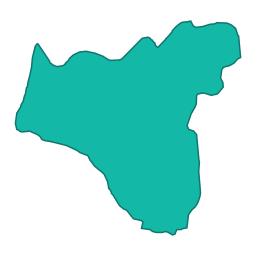 the district of Santa Rosa de Lima, Santa Rosa, Guatemala
{"feature_id": "79465075B80857552483649", "entity_name": "Santa Rosa de Lima", "entity_type": "district", "adm_level": 2, "iso_a3": "GTM", "parent_name": "Guatemala", "parent_adm1": "Santa Rosa", "projection": "albers", "projection_center": [-90.338, 14.435], "detail": "fine", "context": "isolated", "style": "filled", "palette": "teal", "viewbox_px": 256, "rotation_deg": 0, "n_neighbors": 0, "source": "geoboundaries", "source_scale": "gbopen_adm2", "svg_char_len": 1892}
<svg xmlns="http://www.w3.org/2000/svg" viewBox="0 0 256 256"><path d="M16.8,129.5L18.8,130.1L19.8,131.4L22.3,131.9L29.7,131.2L37.3,134.5L40.2,136.6L40.9,137.9L41.7,139.3L44.3,140.5L50.3,141.5L65.9,145.3L76.8,150.3L80.0,152.6L87.9,155.6L90.0,160.1L92.7,163.4L93.1,164.1L94.2,165.8L98.8,169.7L101.0,171.3L104.2,174.3L106.6,179.5L107.6,181.7L108.8,188.7L109.9,189.5L111.3,192.2L111.5,193.4L113.2,195.3L119.5,205.6L123.4,208.8L126.3,210.0L128.6,212.6L130.1,214.7L133.5,218.8L141.2,220.5L142.9,222.0L141.5,228.4L150.1,229.6L152.4,231.4L156.4,232.5L162.6,232.4L164.8,231.6L167.3,231.9L172.6,234.9L174.9,234.1L176.8,229.6L181.1,229.6L182.4,228.7L186.9,227.9L188.5,214.6L192.2,209.5L194.9,207.2L197.0,204.2L198.1,201.9L199.1,199.1L199.9,196.4L200.5,192.7L198.7,171.4L199.4,162.2L198.9,159.9L196.6,134.7L193.7,131.1L188.8,129.4L187.0,125.7L187.7,123.8L191.1,113.9L195.0,107.1L196.3,103.9L196.6,95.4L197.7,94.2L201.4,93.2L204.6,93.2L211.2,95.3L216.5,94.2L218.2,93.2L223.2,87.1L222.9,82.6L220.6,78.2L221.9,69.1L224.1,67.0L229.4,65.7L233.3,63.5L234.2,62.9L237.7,58.9L240.6,57.5L238.6,36.0L237.7,34.9L235.6,28.4L231.3,24.9L227.1,23.1L216.7,22.7L214.9,23.8L210.0,24.3L202.4,26.6L195.8,27.4L193.3,25.9L191.8,23.2L190.8,21.1L189.4,21.3L187.4,21.8L182.5,22.2L179.9,23.5L176.1,26.7L172.3,30.7L172.3,31.5L169.8,34.6L167.1,37.6L165.9,38.7L165.5,39.5L157.8,47.5L155.3,45.2L154.8,42.8L153.8,42.4L152.1,40.0L151.3,39.9L149.8,38.0L147.9,37.2L142.2,38.3L123.3,57.5L121.5,59.2L119.2,60.0L110.5,60.4L108.1,59.6L103.0,56.3L95.4,53.3L93.2,52.8L86.0,51.3L79.9,51.9L73.8,54.7L72.9,55.3L69.5,58.4L68.3,60.7L65.3,63.3L65.0,64.5L62.5,65.8L56.8,66.6L53.7,65.4L50.0,62.8L49.6,61.2L38.1,44.1L37.2,43.8L36.2,44.9L35.2,46.4L32.4,57.9L31.6,67.0L29.9,75.0L28.2,81.4L27.3,86.8L26.5,87.7L25.2,94.8L24.5,95.7L23.2,101.3L21.3,104.3L20.7,106.9L16.8,113.1L15.4,123.4L16.8,129.5Z" fill="#14b8a6" stroke="#0f766e" stroke-width="1.5"/></svg>